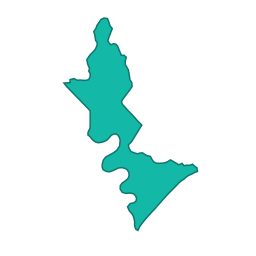 outline of Navegantes, Santa Catarina, Brazil, rotated 33°
{"feature_id": "56859067B7965125554274", "entity_name": "Navegantes", "entity_type": "district", "adm_level": 2, "iso_a3": "BRA", "parent_name": "Brazil", "parent_adm1": "Santa Catarina", "projection": "robinson", "projection_center": [-48.723, -26.826], "detail": "fine", "context": "isolated", "style": "filled", "palette": "teal", "viewbox_px": 256, "rotation_deg": 33, "n_neighbors": 0, "source": "geoboundaries", "source_scale": "gbopen_adm2", "svg_char_len": 2241}
<svg xmlns="http://www.w3.org/2000/svg" viewBox="0 0 256 256"><g transform="rotate(33 128 128)"><path d="M98.1,155.6L101.3,156.0L103.5,156.9L106.1,157.4L108.5,157.4L110.9,156.7L113.4,154.6L115.6,152.0L117.0,149.4L117.5,146.7L118.0,143.0L119.9,140.2L122.8,139.3L125.2,140.2L128.0,142.4L130.8,147.7L130.7,152.9L129.2,156.9L126.9,161.2L125.1,164.5L124.8,168.3L126.0,172.2L127.5,174.7L129.8,176.5L133.1,176.3L136.0,175.1L138.6,172.0L140.3,169.1L141.7,166.8L144.5,164.5L148.0,163.4L150.5,163.6L153.2,165.1L155.1,167.8L155.5,170.7L154.4,174.3L153.0,177.5L153.0,180.7L154.7,183.5L158.1,185.1L161.7,184.1L165.0,181.5L168.3,180.2L171.3,180.7L173.6,182.5L174.5,185.0L173.5,187.8L171.0,190.1L170.5,194.3L174.3,196.8L178.8,198.0L181.5,199.8L184.5,202.8L186.0,205.2L187.8,207.3L189.8,208.6L192.1,208.5L191.5,204.3L191.7,200.8L192.1,196.4L192.7,192.1L193.2,188.7L193.8,185.0L194.6,181.2L195.0,177.7L195.8,172.6L196.3,168.9L196.9,165.4L197.4,162.0L198.3,157.8L199.2,153.4L200.0,149.4L200.6,146.1L201.6,143.0L202.8,140.3L203.5,137.6L204.6,134.8L206.4,132.2L207.9,129.4L209.9,126.5L207.4,123.8L204.7,123.8L201.9,123.2L199.9,125.8L197.5,127.2L195.5,129.1L192.6,128.2L190.8,131.1L181.0,131.6L179.4,135.1L177.2,137.8L173.9,140.3L171.1,142.1L168.0,142.4L164.9,141.2L162.2,139.6L158.8,140.9L156.4,141.0L153.8,140.9L151.8,142.4L149.9,144.5L146.6,145.5L143.2,146.1L139.7,144.3L137.5,142.0L138.5,137.7L138.0,118.0L134.6,117.4L131.1,116.5L128.4,115.7L124.5,114.7L120.0,113.7L117.4,113.1L114.4,112.2L110.3,111.2L108.0,109.2L108.0,106.2L108.2,103.0L108.4,99.6L108.8,95.2L108.8,90.9L106.4,87.8L103.3,86.5L101.4,84.2L99.5,82.1L96.5,79.0L93.6,77.5L91.4,76.5L89.3,73.6L88.1,69.7L85.3,69.1L82.8,70.6L74.6,65.0L72.2,64.3L70.0,65.1L68.4,67.5L65.9,67.0L63.3,65.5L60.6,53.1L57.5,52.2L54.5,49.8L51.2,47.4L48.0,48.8L46.3,51.5L46.2,55.6L46.1,58.9L46.8,61.7L46.8,65.8L49.3,67.9L51.2,70.0L53.1,72.2L55.9,73.3L57.1,76.0L57.7,79.4L57.3,83.1L56.5,86.7L56.2,89.5L56.3,93.2L58.9,95.9L60.8,97.4L63.3,99.0L64.1,101.7L66.7,103.0L68.2,105.2L68.7,108.8L66.5,111.2L64.1,112.6L61.8,113.8L59.4,115.6L55.7,116.0L53.0,119.0L54.8,121.5L52.9,122.9L49.8,125.2L54.2,126.7L86.9,134.1L91.0,140.5L93.7,144.6L96.2,148.7L96.8,153.2L98.1,155.6Z" fill="#14b8a6" stroke="#0f766e" stroke-width="1.5"/></g></svg>